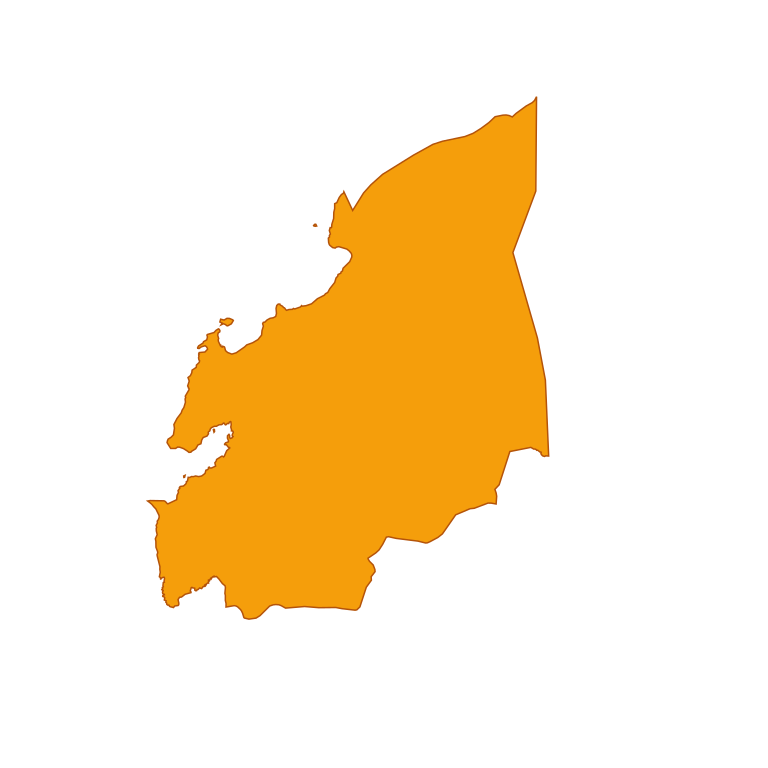 outline of Kjósarhreppur, Höfuðborgarsvæði, Iceland, rotated 316°
{"feature_id": "244011B42175048354153", "entity_name": "Kjósarhreppur", "entity_type": "district", "adm_level": 2, "iso_a3": "ISL", "parent_name": "Iceland", "parent_adm1": "Höfuðborgarsvæði", "projection": "orthographic", "projection_center": [-21.584, 64.307], "detail": "fine", "context": "isolated", "style": "filled", "palette": "amber", "viewbox_px": 768, "rotation_deg": 316, "n_neighbors": 0, "source": "geoboundaries", "source_scale": "gbopen_adm2", "svg_char_len": 6115}
<svg xmlns="http://www.w3.org/2000/svg" viewBox="0 0 768 768"><g transform="rotate(316 384 384)"><path d="M452.4,550.2L502.8,493.3L526.3,457.5L568.0,379.0L627.2,350.7L693.3,283.3L689.3,284.6L686.1,284.6L679.5,282.8L667.0,281.1L661.8,281.0L660.5,277.8L658.7,275.3L656.3,273.2L649.6,268.9L641.0,268.8L631.2,267.5L622.3,265.6L614.1,262.2L594.7,250.0L585.7,245.6L564.4,239.9L528.6,232.2L513.0,231.6L502.0,232.4L482.0,237.4L488.7,217.8L487.3,218.6L485.0,218.1L481.4,218.7L476.0,220.8L473.8,220.0L470.3,223.6L467.2,225.6L462.7,230.0L457.4,232.9L455.3,234.8L454.6,234.9L453.9,234.1L451.3,235.6L449.6,238.9L447.9,239.2L446.9,240.4L445.3,240.4L442.5,243.7L441.5,245.7L441.4,246.7L441.8,250.2L443.3,252.3L444.9,252.5L446.9,253.8L451.0,261.1L451.4,264.1L451.2,267.4L450.2,269.2L449.0,270.3L444.3,272.2L435.0,272.3L432.6,273.8L430.8,273.6L429.9,274.3L427.0,273.3L425.6,274.3L423.2,274.4L419.1,276.7L411.2,277.8L407.1,279.1L404.6,278.4L402.9,278.7L395.4,276.4L387.6,276.0L382.3,273.5L379.1,271.1L379.2,270.4L377.3,270.5L371.9,268.0L371.3,266.7L370.0,266.7L367.4,264.4L365.1,263.3L365.0,262.3L365.3,260.2L364.9,259.3L365.0,257.5L364.2,255.0L364.6,254.2L363.4,253.0L361.4,253.0L358.9,254.6L355.6,258.6L353.0,260.2L350.3,259.4L347.7,257.6L344.4,256.7L341.2,256.7L340.0,255.8L338.6,256.3L337.4,258.6L333.4,260.8L329.9,263.8L324.2,264.5L318.2,263.1L312.4,260.5L309.5,260.5L299.4,258.9L295.3,256.8L293.4,252.7L293.2,249.9L294.9,246.8L294.9,246.2L294.2,244.8L293.5,245.2L292.9,244.3L293.0,242.8L294.3,242.8L293.0,242.6L294.5,238.3L295.6,236.9L296.6,236.5L298.3,233.3L300.2,232.1L302.1,232.4L303.0,231.7L303.5,230.2L303.2,229.3L300.4,228.7L297.5,228.9L291.4,225.7L290.6,225.8L289.7,227.5L287.2,229.1L283.6,228.2L282.2,228.8L277.1,227.8L275.3,228.3L274.8,228.9L275.6,230.0L278.4,230.4L281.9,232.2L282.2,233.9L281.8,235.5L281.3,236.4L277.4,236.6L272.9,233.0L271.8,233.5L271.8,234.2L270.9,234.3L270.0,235.6L268.8,236.3L267.6,238.1L267.5,239.2L266.1,240.1L262.2,240.1L260.5,241.6L255.6,240.7L253.5,242.4L250.5,243.5L247.5,243.2L245.9,246.6L241.4,249.0L241.0,250.6L240.6,250.8L240.5,252.0L239.6,252.7L232.6,254.7L231.9,256.0L230.5,256.6L228.5,259.2L223.7,261.9L220.6,262.6L218.1,263.9L211.2,265.0L204.7,267.2L202.5,270.3L197.2,274.3L193.9,274.4L190.4,273.7L188.6,274.5L187.2,275.5L185.8,282.2L189.3,285.6L191.7,286.0L193.1,287.5L194.9,291.2L196.0,295.8L196.2,297.7L197.7,298.9L199.1,298.8L203.5,299.8L207.8,298.6L210.8,299.8L214.1,297.6L216.8,296.9L220.5,298.5L223.2,297.9L223.6,297.0L224.5,296.5L226.3,296.7L227.4,295.8L229.4,295.5L232.5,296.5L234.1,298.0L236.9,298.7L239.1,300.5L241.4,300.6L241.8,301.0L241.5,303.0L241.8,303.5L244.0,303.6L244.8,304.6L246.3,304.0L247.5,304.4L247.6,304.8L245.8,307.2L243.9,308.5L242.4,311.2L241.7,311.7L242.5,312.7L242.1,314.0L239.4,315.2L238.8,315.9L239.0,316.9L237.5,317.2L235.8,316.6L235.7,315.4L237.3,313.7L237.5,312.5L235.5,312.5L233.8,314.1L232.8,316.6L231.9,317.5L229.2,316.3L227.5,316.5L227.3,317.0L228.4,318.3L228.1,321.5L228.8,322.5L228.6,322.9L224.5,322.7L218.7,325.1L217.9,325.0L217.7,323.8L217.1,323.2L211.2,322.0L209.6,322.9L207.6,323.2L205.8,326.1L201.6,324.6L200.5,323.6L200.6,322.4L199.8,322.1L199.0,322.9L197.7,323.1L196.0,322.3L193.1,324.0L188.9,323.5L186.3,321.8L184.6,319.3L182.5,318.2L181.2,316.8L179.5,316.4L178.3,315.1L175.4,317.2L173.8,317.0L173.4,317.7L172.0,318.2L168.9,318.1L166.3,316.2L165.0,316.3L164.7,316.5L164.7,317.1L161.8,317.6L160.7,319.3L157.8,320.3L154.5,323.2L145.3,320.1L145.0,319.5L145.1,316.6L144.6,315.2L134.8,305.4L132.7,304.0L133.1,306.3L133.4,309.2L133.1,312.4L133.1,315.4L130.9,322.2L129.8,323.6L127.5,324.8L125.6,325.1L124.4,326.6L121.9,327.4L120.8,329.3L119.9,329.6L118.1,331.6L116.2,334.8L112.0,336.5L110.6,338.7L106.5,343.1L104.7,347.3L103.9,348.3L102.2,349.1L101.4,350.2L95.9,359.8L94.0,361.6L92.3,364.0L88.5,366.6L88.7,367.9L87.5,369.6L88.6,369.0L90.7,369.5L91.6,370.3L91.3,371.2L88.7,373.2L88.3,374.0L87.3,373.5L84.8,375.6L84.4,376.6L83.2,376.4L82.8,377.3L81.4,377.5L81.3,378.1L81.8,378.7L81.7,379.2L80.1,379.8L79.3,381.0L79.8,382.7L79.6,383.1L78.2,382.5L77.5,382.8L77.3,383.2L77.9,384.3L77.8,385.4L75.9,386.8L76.7,388.6L75.5,389.4L75.5,390.5L74.7,391.6L74.8,392.7L75.7,393.8L75.3,394.9L75.5,395.7L77.3,398.6L79.2,398.3L82.0,400.3L83.0,400.2L84.2,399.1L86.1,396.0L88.7,395.4L90.4,396.6L94.9,397.1L100.2,400.0L100.7,399.6L100.8,398.3L103.9,396.6L104.6,396.9L104.7,397.7L106.0,399.4L104.7,400.9L104.9,401.9L105.7,402.5L106.7,402.1L107.6,402.7L109.6,402.6L110.7,404.5L113.1,404.1L114.4,405.0L115.1,404.8L114.9,404.4L115.1,404.1L116.2,404.1L116.5,404.3L116.1,405.0L117.7,404.5L119.2,404.7L119.5,405.3L121.5,403.1L122.2,403.5L121.5,404.0L121.7,404.4L124.3,403.3L124.9,403.5L124.6,404.1L126.6,403.6L128.1,404.1L127.6,404.6L129.8,406.1L129.8,409.7L129.1,415.3L129.5,418.7L128.5,420.3L124.1,424.1L123.0,425.9L119.5,429.5L117.9,432.2L115.4,434.7L122.3,439.4L123.3,440.8L123.9,442.5L124.1,446.7L123.8,448.4L123.0,450.7L121.0,454.6L121.0,455.4L123.5,459.3L129.3,463.5L133.9,464.5L147.5,464.3L150.8,465.8L153.0,467.5L155.1,469.9L156.1,472.1L157.5,476.8L172.3,488.9L181.8,499.7L194.1,511.3L197.7,516.4L206.1,526.6L207.6,527.6L211.8,527.6L230.1,517.9L238.6,516.4L240.9,513.7L247.2,512.8L248.6,511.1L250.5,506.7L250.4,501.5L251.0,498.9L251.5,498.2L260.8,499.8L265.2,499.9L271.7,498.4L279.3,495.8L281.2,497.0L285.5,503.5L299.2,520.5L303.5,527.3L304.9,528.4L307.6,529.4L316.1,531.8L321.9,532.4L344.7,527.9L359.3,533.5L362.6,536.1L376.1,541.9L378.4,544.2L381.3,548.2L387.1,543.0L388.9,540.4L390.6,536.8L396.8,536.5L427.6,520.0L445.6,531.6L446.5,534.8L447.5,535.8L447.9,536.8L447.8,537.8L448.6,538.4L448.9,541.2L449.6,541.9L449.6,542.3L448.6,543.0L448.2,544.1L448.2,545.9L449.2,547.7L450.4,548.0L452.4,550.2ZM316.7,227.7L313.4,226.9L311.5,223.9L309.0,225.4L309.9,227.8L307.9,228.3L310.3,229.1L311.3,231.2L311.3,232.6L312.0,233.6L316.0,234.7L319.7,233.7L319.8,232.8L318.4,229.5L316.7,227.7ZM443.5,221.0L443.3,221.5L444.1,222.8L445.3,223.6L445.9,221.8L445.4,221.1L443.5,221.0ZM229.1,300.5L230.4,298.9L230.2,298.4L229.5,298.3L228.2,300.6L229.1,300.5ZM175.7,312.6L177.5,311.5L176.0,311.0L175.1,312.2L175.7,312.6Z" fill="#f59e0b" stroke="#b45309" stroke-width="1.5"/></g></svg>